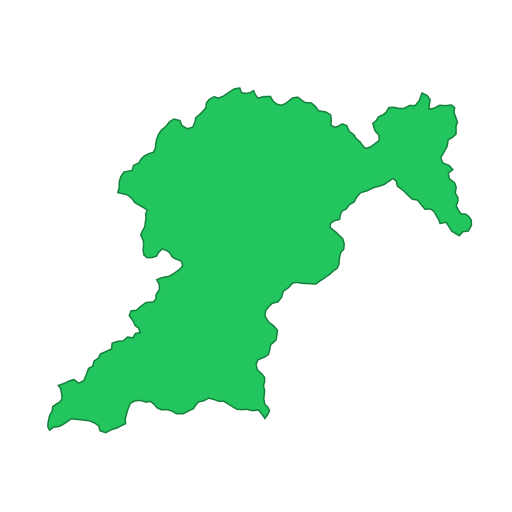 the district of Ubá, Minas Gerais, Brazil, rotated 267°
{"feature_id": "56859067B43020372139426", "entity_name": "Ubá", "entity_type": "district", "adm_level": 2, "iso_a3": "BRA", "parent_name": "Brazil", "parent_adm1": "Minas Gerais", "projection": "mercator", "projection_center": [-42.971, -21.111], "detail": "fine", "context": "isolated", "style": "filled", "palette": "green", "viewbox_px": 512, "rotation_deg": 267, "n_neighbors": 0, "source": "geoboundaries", "source_scale": "gbopen_adm2", "svg_char_len": 4236}
<svg xmlns="http://www.w3.org/2000/svg" viewBox="0 0 512 512"><g transform="rotate(267 256 256)"><path d="M407.3,435.3L410.1,430.3L402.6,427.2L397.8,422.7L398.3,417.3L395.7,411.7L395.8,406.5L397.3,401.7L397.3,396.5L392.7,393.4L390.4,390.3L388.5,385.5L385.2,383.4L382.2,379.6L378.1,380.5L374.2,381.8L370.3,385.1L365.0,385.1L361.8,380.5L359.0,376.3L357.6,370.9L360.6,368.4L364.5,365.9L368.1,362.1L371.8,360.2L375.7,355.6L381.5,353.4L383.4,348.9L381.5,345.4L380.4,341.5L382.8,337.6L387.9,338.3L393.0,337.9L396.1,333.4L397.8,326.0L402.2,323.2L405.9,319.3L406.8,312.9L409.7,309.2L412.4,306.1L412.0,300.9L408.9,296.6L406.5,293.1L405.2,288.7L406.7,284.5L409.7,281.2L414.6,278.7L414.8,272.0L413.6,266.0L417.7,263.5L421.3,262.2L419.4,258.7L418.9,254.3L419.9,250.0L424.6,248.6L424.1,243.2L420.7,237.3L417.3,231.7L415.6,226.6L417.3,222.6L414.8,217.4L411.5,214.5L406.7,213.7L403.4,210.6L400.4,207.3L397.3,203.1L393.1,202.1L388.1,199.7L386.6,194.3L390.1,188.8L395.2,187.2L397.0,181.2L394.7,176.8L390.1,172.8L386.6,168.1L382.6,165.0L377.9,163.0L374.2,161.9L368.9,161.1L364.9,158.9L363.8,154.3L361.6,149.5L359.0,146.5L355.0,143.8L352.9,138.5L347.9,136.8L346.8,128.5L342.6,125.4L338.1,123.5L331.0,122.8L326.6,121.3L323.7,131.0L319.4,135.5L315.7,137.7L312.7,142.3L310.1,146.4L307.4,149.9L303.9,148.0L300.0,148.2L295.8,147.3L291.2,146.6L287.3,144.1L283.1,142.0L277.4,144.2L273.0,144.4L267.8,143.6L262.9,144.1L260.0,147.1L259.9,152.2L261.1,156.7L264.4,158.7L268.0,162.6L266.1,167.2L263.5,170.2L259.5,172.2L257.2,175.7L254.9,181.2L249.9,182.3L246.3,178.5L242.7,172.8L240.2,167.8L239.8,163.7L238.9,159.6L237.5,155.6L232.9,157.9L227.7,157.9L222.5,154.1L218.6,153.9L215.6,151.4L215.2,143.6L211.6,138.1L207.9,133.5L207.9,128.5L203.2,126.3L197.3,129.9L192.8,131.7L190.1,135.0L185.5,136.3L185.0,131.6L180.7,128.8L181.8,123.5L178.1,118.9L178.1,113.7L176.5,107.8L170.8,106.9L168.3,100.8L166.4,95.5L162.2,93.2L159.6,88.8L154.4,87.1L152.5,82.9L146.5,80.4L140.6,77.6L138.3,72.3L142.2,67.6L141.0,63.0L139.0,58.4L137.1,51.8L134.0,53.9L128.6,54.7L123.5,54.9L120.4,52.3L118.6,48.8L116.2,45.1L112.0,44.4L107.2,41.4L100.8,39.7L96.4,39.2L92.9,40.7L95.6,44.9L96.1,50.6L97.8,54.3L100.0,58.2L103.0,62.7L102.5,67.0L101.5,73.4L100.0,81.6L97.3,86.6L94.5,90.1L89.6,91.1L87.4,96.7L89.9,102.0L91.7,108.7L93.7,112.8L95.3,116.9L100.2,116.9L104.5,118.3L109.6,120.0L115.5,122.9L117.8,127.9L117.7,133.5L115.9,138.4L116.3,143.0L113.3,146.5L109.6,149.3L107.4,153.4L107.2,159.3L105.7,163.7L102.7,168.2L102.3,175.2L104.9,180.7L106.8,185.5L110.6,188.3L113.3,191.0L114.1,196.0L116.5,201.4L114.7,207.1L112.8,211.6L112.8,215.9L110.2,219.7L106.7,224.7L103.9,229.0L103.3,233.8L103.3,239.1L101.7,244.5L102.1,250.4L97.2,254.0L93.3,256.4L96.8,259.2L100.8,261.5L104.5,259.8L107.6,257.0L112.8,256.3L117.3,257.0L121.2,257.6L125.9,256.7L130.2,258.1L134.3,258.2L138.2,255.4L142.4,251.3L147.7,250.4L152.1,252.4L154.7,259.4L156.9,263.1L160.8,264.6L166.5,265.9L170.8,271.4L175.7,272.7L180.6,273.6L185.0,270.3L189.6,265.0L195.6,261.8L201.0,262.8L205.2,266.6L207.9,269.8L209.1,275.6L213.4,279.3L219.3,281.4L223.0,287.2L227.2,291.3L227.4,295.7L226.2,301.1L225.6,308.1L224.8,314.2L227.3,317.8L229.3,321.4L231.5,324.7L234.0,328.9L237.2,332.6L239.5,336.3L243.6,338.5L249.2,339.1L254.9,340.7L258.2,344.0L263.7,344.7L268.8,343.5L271.9,340.4L275.1,337.6L277.8,334.6L280.9,331.3L285.0,332.4L287.2,336.3L288.2,341.4L293.1,342.4L296.6,344.6L298.2,348.5L302.5,352.0L304.7,356.7L309.0,359.3L313.7,363.6L315.3,370.4L318.2,377.2L319.4,383.3L320.8,387.9L323.7,392.6L326.3,396.9L323.5,399.9L318.4,400.8L313.7,406.5L308.6,411.1L304.7,414.8L303.3,420.3L298.4,423.8L293.9,427.2L293.9,432.7L291.1,436.2L286.8,438.2L282.7,440.4L278.8,441.5L279.8,447.4L275.2,450.3L270.7,452.6L268.0,456.4L265.6,460.1L269.4,463.8L269.9,469.5L275.5,472.8L280.8,472.8L284.5,470.4L286.9,467.5L287.2,463.2L290.8,460.7L295.8,458.5L300.0,460.5L303.9,460.6L308.2,458.3L314.3,459.5L318.8,458.1L323.0,453.1L328.7,452.4L332.0,457.1L336.3,453.5L339.2,447.4L344.5,445.6L349.8,449.1L355.5,452.6L361.8,454.0L364.6,459.0L367.3,462.1L371.1,462.4L375.0,462.5L379.2,464.2L384.2,462.7L389.1,461.2L393.8,462.1L396.6,458.8L396.2,453.1L396.9,447.2L394.3,441.7L393.6,436.4L397.9,437.0L403.0,438.0L407.3,435.3Z" fill="#22c55e" stroke="#15803d" stroke-width="1.5"/></g></svg>